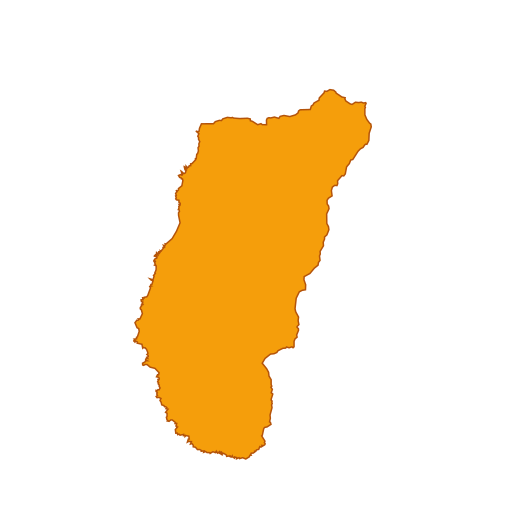 outline of Santo Andre, Porto Novo, Cabo Verde, rotated 309°
{"feature_id": "66160863B70751634637165", "entity_name": "Santo Andre", "entity_type": "district", "adm_level": 2, "iso_a3": "CPV", "parent_name": "Cabo Verde", "parent_adm1": "Porto Novo", "projection": "natural_earth1", "projection_center": [-25.312, 17.075], "detail": "fine", "context": "isolated", "style": "filled", "palette": "amber", "viewbox_px": 512, "rotation_deg": 309, "n_neighbors": 0, "source": "geoboundaries", "source_scale": "gbopen_adm2", "svg_char_len": 6056}
<svg xmlns="http://www.w3.org/2000/svg" viewBox="0 0 512 512"><g transform="rotate(309 256 256)"><path d="M444.2,244.7L442.6,243.4L441.8,241.0L439.9,239.3L438.1,236.5L434.3,235.3L433.5,233.6L433.0,228.3L434.0,226.2L435.1,225.7L433.6,222.6L433.0,215.8L433.6,214.9L433.7,212.0L431.8,208.7L428.6,207.5L427.3,205.5L425.8,206.2L418.7,205.7L416.7,206.9L411.4,204.8L409.2,205.2L407.4,204.6L404.0,206.0L397.4,198.3L395.5,197.8L393.7,198.6L390.6,197.9L385.6,194.5L382.8,189.3L379.7,186.9L377.3,187.1L375.6,182.9L372.5,180.5L371.6,179.0L370.0,178.1L368.2,178.6L364.7,181.6L362.0,178.2L362.0,176.6L359.1,174.7L358.4,168.5L357.6,166.5L358.9,165.3L357.7,162.7L352.6,156.9L349.1,151.8L348.8,150.4L347.8,149.8L345.7,146.5L341.7,143.9L339.5,143.9L338.4,142.2L334.8,139.8L332.0,139.7L324.4,130.4L319.7,131.7L317.2,133.2L316.1,132.7L315.3,130.6L315.1,134.6L312.4,135.4L311.9,136.9L310.6,137.8L309.5,140.3L307.2,141.0L305.5,142.6L303.7,142.8L301.4,145.1L298.7,146.2L297.8,145.9L294.0,148.3L293.5,147.7L292.5,148.5L287.6,148.1L286.5,147.2L285.1,148.4L284.2,147.3L282.4,147.7L281.7,146.9L281.8,145.5L280.8,146.9L280.4,144.7L279.6,146.3L279.5,145.0L278.3,146.6L278.3,147.9L276.2,148.8L274.8,148.2L274.7,147.1L273.6,147.4L274.9,145.4L274.8,144.5L273.5,146.5L272.1,147.2L271.9,146.2L269.8,145.1L269.0,147.2L269.6,148.9L269.0,149.5L269.6,150.4L268.6,151.7L263.9,154.2L259.6,153.3L258.6,154.2L256.8,153.9L256.8,152.4L256.2,154.2L254.1,154.1L252.9,156.0L252.1,155.7L251.0,157.5L249.9,157.6L249.6,158.9L250.8,161.0L249.2,162.4L249.3,163.9L248.2,164.7L247.6,163.8L247.1,165.0L245.9,164.8L244.9,165.9L243.3,166.4L243.6,166.8L242.6,168.4L240.8,168.6L238.9,170.2L234.0,176.1L225.3,178.6L216.8,179.9L208.7,178.5L208.3,177.7L207.6,178.5L206.6,178.6L206.1,177.5L205.5,179.4L204.3,179.1L204.3,177.7L204.0,179.1L200.0,179.1L199.9,178.6L199.7,179.0L198.5,178.1L198.4,179.1L197.1,179.2L197.1,178.4L196.7,178.7L196.4,178.0L195.5,178.8L195.9,176.7L195.3,177.1L194.9,178.7L193.8,177.1L193.2,177.5L192.6,177.0L192.5,177.3L194.0,178.1L193.6,178.7L192.3,178.0L193.0,179.6L191.8,180.2L190.2,179.3L189.0,179.4L188.6,180.5L188.0,179.7L187.6,180.1L188.2,181.2L187.0,181.4L186.1,183.2L185.1,182.9L185.5,184.7L182.3,187.1L179.2,188.0L179.1,188.7L176.4,188.6L176.2,189.5L172.7,190.9L171.5,188.0L171.3,189.6L171.9,191.6L168.3,193.0L167.8,192.3L166.0,192.8L166.2,193.2L165.4,192.7L164.8,194.1L157.2,196.7L155.5,196.8L153.6,195.1L153.0,195.5L152.2,194.2L151.0,195.7L149.6,194.3L148.5,195.7L149.0,196.9L147.5,197.9L147.0,197.0L147.0,198.6L145.7,197.8L145.1,198.5L143.2,198.5L142.1,199.3L142.0,200.8L139.7,204.0L134.1,205.4L133.4,204.5L133.4,204.9L131.8,204.8L131.2,203.8L128.0,203.9L125.4,208.7L125.8,210.5L123.9,212.7L118.5,214.7L117.6,214.3L116.5,215.3L114.7,213.6L114.4,214.9L112.6,214.2L113.2,214.8L112.9,216.1L113.9,216.0L114.5,217.1L114.5,217.9L113.5,218.5L115.6,222.9L113.4,225.6L114.0,225.5L113.9,226.5L114.9,227.6L114.5,229.8L112.9,232.6L112.2,233.4L110.8,233.2L110.8,234.9L110.0,235.6L108.5,234.8L108.2,236.2L107.8,235.4L106.3,235.2L105.8,235.9L106.1,237.3L105.0,236.1L104.0,236.4L101.3,235.3L100.0,236.5L100.3,237.5L101.9,238.1L103.1,239.7L103.0,243.7L105.1,248.2L104.3,254.1L102.3,255.1L101.8,254.2L99.5,254.7L100.5,256.7L100.1,257.8L99.2,258.3L98.1,257.0L98.4,258.3L96.3,258.7L96.2,260.1L95.1,260.4L94.8,262.1L93.8,262.7L93.1,264.5L91.0,264.9L90.4,263.9L89.2,264.0L88.7,262.9L87.9,263.5L87.6,265.4L86.3,265.7L85.6,267.2L84.0,266.8L83.6,268.2L85.0,269.6L85.5,271.8L83.3,272.3L82.6,274.4L81.0,276.4L81.8,278.5L81.3,279.8L82.0,280.6L82.1,282.0L80.7,282.1L81.6,284.0L77.6,284.1L77.8,285.9L75.2,287.9L74.3,287.8L72.7,289.9L72.7,291.2L72.1,291.1L72.8,292.5L75.1,293.0L75.9,294.2L75.9,298.2L74.9,298.5L75.9,299.8L73.5,300.8L73.9,301.7L73.1,302.2L73.4,302.6L70.4,302.5L67.8,305.2L68.8,306.2L67.9,307.6L69.1,308.2L68.9,309.7L71.8,312.0L70.8,312.7L71.9,313.7L71.1,314.4L72.4,314.6L73.7,317.2L71.8,319.3L71.2,318.6L68.2,319.8L69.4,320.3L71.1,322.6L68.6,323.4L70.0,324.4L69.4,326.4L68.2,327.3L69.3,329.3L68.7,332.3L70.2,334.1L70.5,336.2L69.9,336.4L71.9,338.4L70.6,338.9L72.3,339.9L72.4,341.6L74.1,343.9L73.7,344.6L76.8,345.7L77.6,348.2L78.6,348.0L78.6,348.9L79.2,348.5L78.7,350.3L80.6,350.7L79.7,351.3L80.1,353.7L80.9,351.6L81.9,352.2L81.7,353.7L80.7,354.5L82.3,355.0L82.7,358.3L81.8,359.3L83.4,360.7L83.9,362.5L84.4,362.0L84.6,363.5L85.6,363.4L85.1,364.0L85.4,366.5L86.4,365.9L87.2,367.8L86.2,368.5L88.6,369.7L88.2,370.7L90.9,372.6L91.8,375.8L95.8,377.2L97.2,376.6L98.2,377.6L98.6,376.7L99.8,376.4L101.0,377.8L102.9,378.4L103.4,377.8L104.2,378.7L105.6,378.4L107.4,379.8L110.3,378.9L110.6,380.1L112.0,380.6L112.5,379.8L113.2,381.1L115.0,381.6L115.9,381.2L116.3,379.9L117.7,379.5L119.8,373.6L120.7,373.7L126.8,370.6L128.2,370.6L130.2,372.2L134.6,373.6L135.8,371.9L135.6,370.9L138.9,369.3L141.2,367.0L148.2,363.9L150.1,361.8L151.6,361.4L152.2,360.4L153.4,359.8L153.5,358.6L154.3,357.9L159.3,355.9L159.3,353.9L162.7,352.6L163.4,350.1L164.8,350.2L165.6,348.7L169.4,345.6L170.9,341.6L173.5,339.0L175.1,335.2L176.6,328.3L182.1,327.5L188.9,329.0L191.4,331.5L194.1,332.9L196.3,332.7L201.2,335.0L203.1,337.0L204.5,337.0L205.5,339.5L208.0,341.1L208.0,342.5L209.4,342.7L213.6,339.3L216.1,338.5L218.8,339.0L220.2,337.3L225.0,335.8L226.2,334.7L226.4,332.8L227.0,332.3L229.7,332.5L232.2,329.5L235.3,327.5L237.6,322.0L239.6,319.5L248.5,313.8L255.4,312.2L258.4,313.5L260.9,315.7L264.9,312.7L267.7,308.2L270.3,306.4L276.4,308.9L283.3,309.0L287.9,310.0L290.3,308.6L292.9,308.5L296.0,305.3L298.0,304.7L299.9,302.9L306.4,302.0L309.0,299.6L312.3,298.6L313.9,297.3L317.0,297.8L322.3,296.1L324.4,293.9L325.8,290.6L333.2,284.4L338.7,283.0L340.5,281.0L341.2,278.6L343.9,276.2L346.5,275.9L350.6,277.3L354.3,273.4L357.6,272.0L360.4,272.7L361.7,274.6L363.6,274.0L365.8,272.0L372.5,272.2L373.5,273.8L376.0,273.7L382.3,270.3L386.5,270.4L390.2,269.2L391.9,270.5L401.5,269.4L405.0,269.7L407.8,270.9L410.7,270.6L412.0,270.9L412.6,271.9L416.8,271.0L422.6,266.7L428.9,264.3L430.8,262.2L430.7,260.7L431.9,256.1L434.2,251.8L439.1,247.8L440.2,247.6L440.9,246.3L443.9,245.5L444.2,244.7Z" fill="#f59e0b" stroke="#b45309" stroke-width="1.5"/></g></svg>